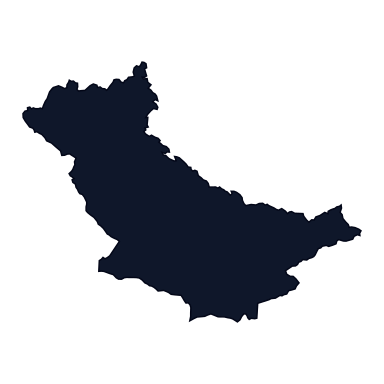 the district of Rio Branco do Sul, Paraná, Brazil
{"feature_id": "56859067B90191721283188", "entity_name": "Rio Branco do Sul", "entity_type": "district", "adm_level": 2, "iso_a3": "BRA", "parent_name": "Brazil", "parent_adm1": "Paraná", "projection": "mercator", "projection_center": [-49.343, -25.056], "detail": "fine", "context": "isolated", "style": "filled", "palette": "ink", "viewbox_px": 384, "rotation_deg": 0, "n_neighbors": 0, "source": "geoboundaries", "source_scale": "gbopen_adm2", "svg_char_len": 4439}
<svg xmlns="http://www.w3.org/2000/svg" viewBox="0 0 384 384"><path d="M237.4,321.9L240.0,319.8L241.6,316.6L243.8,313.9L245.9,314.0L247.1,315.8L247.8,317.8L249.2,319.4L251.3,318.3L254.8,318.7L256.8,318.2L257.7,303.3L269.0,299.7L271.0,298.6L275.5,298.1L279.9,295.4L282.0,295.8L283.8,294.7L286.7,294.0L288.6,290.7L291.9,289.9L295.1,288.9L296.4,286.0L299.0,282.9L295.9,278.9L293.2,276.4L290.1,276.3L286.7,274.2L285.5,270.7L288.3,268.8L292.2,266.1L295.5,265.9L297.5,264.5L298.7,262.2L301.0,261.4L302.7,259.6L306.8,260.0L308.8,258.5L311.8,257.6L313.7,256.6L315.1,254.9L316.9,251.2L318.3,248.6L320.7,247.9L322.3,246.2L326.3,245.4L328.7,246.4L332.5,245.2L336.0,243.8L336.8,240.9L338.7,239.6L343.4,241.0L346.1,241.1L352.7,239.2L354.1,236.3L357.4,234.7L359.9,235.5L359.6,233.4L361.0,230.8L358.8,229.2L355.0,227.6L351.6,227.0L349.2,227.3L348.2,224.5L345.7,222.0L342.9,218.5L342.1,214.6L340.1,212.4L341.5,208.1L341.1,205.0L339.5,206.3L336.8,206.9L334.8,208.5L333.0,209.0L330.7,209.9L328.2,211.3L328.0,213.7L324.7,212.4L320.0,215.5L315.9,216.9L314.1,220.0L311.7,219.8L308.9,222.2L306.7,220.2L303.7,216.2L303.0,213.6L294.7,213.3L291.6,211.6L289.4,212.0L287.6,213.6L285.2,211.0L281.7,208.6L278.5,210.2L276.2,209.4L273.9,207.9L268.8,205.6L267.2,204.3L265.2,205.1L262.7,203.3L259.2,203.5L256.0,205.0L251.1,204.5L245.8,205.6L243.9,203.6L242.4,200.3L242.1,197.7L239.9,194.7L238.2,193.5L236.5,192.3L234.0,191.3L231.2,191.3L232.2,193.4L230.4,195.3L227.2,191.9L225.2,191.2L223.8,189.8L221.6,188.8L219.6,187.0L217.9,188.1L215.6,187.0L212.3,187.1L209.2,187.1L208.2,183.4L206.4,181.0L203.3,179.9L201.1,177.7L198.3,175.7L197.0,171.2L194.8,170.3L192.7,171.1L191.1,169.5L190.8,167.4L188.1,167.0L186.1,164.1L183.9,161.9L179.3,157.8L176.7,156.8L174.6,156.5L176.2,160.7L174.1,161.0L169.1,158.7L167.3,157.1L165.9,155.6L163.3,155.0L162.0,152.4L165.3,153.4L167.0,151.9L169.4,152.1L168.9,149.2L166.3,146.6L162.7,145.5L160.9,143.7L158.9,142.2L160.1,140.6L158.1,138.3L154.9,137.2L151.5,135.2L149.2,136.4L145.4,133.8L143.8,131.5L145.8,129.9L144.9,128.0L148.2,127.0L147.1,125.0L147.3,122.8L147.6,119.9L147.8,117.4L145.7,117.6L147.6,114.4L150.5,111.1L153.5,108.5L157.1,109.4L157.8,107.3L156.0,104.0L152.6,101.7L155.2,99.6L157.8,100.8L156.6,96.1L155.2,94.1L152.7,92.6L150.9,90.1L148.2,88.2L151.0,84.8L147.8,82.3L147.1,78.6L143.3,79.0L142.2,77.1L144.6,77.3L146.6,75.9L145.7,73.0L144.5,68.8L146.6,67.8L146.0,63.7L144.0,62.4L142.0,62.1L140.7,64.9L139.2,66.8L136.5,65.8L134.2,67.9L133.2,72.1L134.4,76.1L132.7,76.8L128.5,77.3L127.0,79.6L124.7,80.7L123.6,82.8L121.2,82.2L119.0,79.5L116.2,79.3L114.0,79.8L113.0,82.3L110.2,85.7L108.1,88.8L106.6,90.3L104.8,88.8L102.2,88.6L100.2,87.0L97.5,87.5L96.9,85.2L93.3,84.0L90.1,85.7L85.0,90.4L80.9,90.7L78.5,91.0L76.9,89.4L77.7,86.8L77.5,83.2L75.4,82.9L73.5,81.1L71.1,81.3L69.3,80.2L68.7,82.1L67.0,84.8L66.8,87.7L64.5,88.6L62.1,87.3L58.5,85.8L55.3,86.9L53.3,87.5L51.9,88.9L49.6,91.9L48.4,95.2L47.2,98.6L45.3,101.4L43.4,105.7L42.4,108.7L40.3,108.1L38.5,108.7L35.4,108.7L33.3,107.9L31.4,108.9L29.8,107.1L27.5,107.7L27.7,110.6L25.0,111.1L23.0,113.6L23.2,117.6L25.4,121.3L27.7,124.3L29.6,127.0L32.9,128.2L34.1,129.9L34.8,132.2L37.0,131.7L39.4,133.3L41.8,134.4L44.9,137.7L46.6,140.8L51.5,143.0L56.0,147.0L60.6,150.9L61.8,155.4L64.7,155.2L67.2,154.1L69.7,153.9L72.1,155.5L73.7,156.5L76.1,158.1L74.5,161.8L74.9,164.8L73.8,166.9L72.9,169.3L71.6,171.3L69.1,173.6L70.3,175.8L72.1,176.9L74.1,178.7L72.1,179.8L72.9,182.4L75.4,184.1L76.1,187.4L77.5,189.3L78.6,191.9L79.9,193.7L82.3,194.4L84.3,197.0L86.7,202.0L86.7,204.2L86.1,206.8L86.1,210.7L87.6,212.5L90.5,214.9L94.0,217.4L97.3,221.5L98.3,224.2L100.7,225.8L103.4,228.4L105.4,231.2L107.3,234.0L109.1,234.9L111.2,236.7L113.1,237.7L115.0,238.6L117.2,239.5L119.4,241.4L109.7,255.9L107.2,257.7L105.0,258.8L103.0,257.4L101.4,259.3L99.3,260.6L98.8,271.3L101.4,271.1L104.0,271.4L110.0,273.6L113.3,274.6L116.3,277.8L118.5,279.1L121.6,279.2L124.3,277.7L126.5,277.4L136.1,277.5L139.3,278.0L142.2,280.0L144.9,282.9L147.6,284.1L149.5,285.7L151.6,286.0L154.0,287.3L156.1,289.0L158.1,291.0L163.7,290.4L166.2,291.4L168.7,292.5L171.1,294.3L175.2,294.8L181.1,295.3L182.7,297.8L184.1,300.3L185.9,303.0L188.4,302.9L190.1,305.0L190.9,307.6L190.8,310.3L190.7,312.9L190.7,316.4L189.8,320.8L194.0,318.5L197.1,317.0L199.4,316.8L201.9,316.6L204.8,316.3L207.6,315.0L210.9,313.9L213.7,315.0L218.1,316.8L224.5,316.9L227.8,317.7L230.4,318.1L232.5,318.8L234.8,320.2L237.4,321.9Z" fill="#0f172a" stroke="#020617" stroke-width="1.5"/></svg>